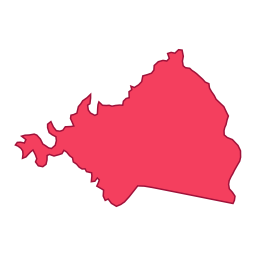 the district of Heitoraí, Goiás, Brazil
{"feature_id": "56859067B60847628192703", "entity_name": "Heitoraí", "entity_type": "district", "adm_level": 2, "iso_a3": "BRA", "parent_name": "Brazil", "parent_adm1": "Goiás", "projection": "natural_earth1", "projection_center": [-49.823, -15.733], "detail": "fine", "context": "isolated", "style": "filled", "palette": "rose", "viewbox_px": 256, "rotation_deg": 0, "n_neighbors": 0, "source": "geoboundaries", "source_scale": "gbopen_adm2", "svg_char_len": 2150}
<svg xmlns="http://www.w3.org/2000/svg" viewBox="0 0 256 256"><path d="M116.4,206.3L120.7,204.5L124.5,201.9L129.1,196.8L133.7,191.0L137.7,185.9L144.2,186.1L152.0,187.4L158.7,188.7L189.0,194.7L233.0,203.5L234.4,200.4L235.0,196.2L232.5,192.4L229.3,188.8L228.6,184.3L229.2,180.6L231.1,176.5L232.7,173.8L234.4,170.3L236.9,165.9L239.7,161.1L240.6,157.2L240.5,150.8L238.0,145.5L235.7,143.1L232.4,139.6L227.2,137.5L224.2,134.9L224.0,130.7L224.7,127.6L226.0,124.7L227.1,119.8L228.4,116.0L227.0,113.4L223.8,106.6L220.6,103.6L216.1,99.3L214.2,95.5L211.4,91.5L209.5,88.1L208.9,83.7L205.2,82.1L202.7,79.3L199.2,76.1L196.6,73.7L194.2,71.9L191.9,70.4L189.7,68.3L185.4,67.7L183.2,65.8L182.4,61.1L183.3,56.3L182.1,50.1L178.6,49.7L174.9,53.2L171.1,52.4L167.6,53.5L169.3,58.4L166.8,61.0L163.0,60.4L158.3,61.7L154.2,65.5L153.9,70.1L151.5,73.2L147.5,74.6L142.8,75.9L141.7,81.6L138.7,84.8L134.4,87.5L130.9,86.2L131.8,89.6L129.0,91.7L129.2,97.7L126.1,98.5L123.4,101.2L122.7,105.2L119.5,105.1L115.4,105.5L112.0,106.2L109.2,105.3L106.4,105.5L102.5,105.3L98.9,101.9L98.0,104.8L97.7,108.2L97.4,114.1L94.9,115.4L90.4,113.0L88.3,110.0L87.6,105.2L89.9,103.7L90.6,98.1L90.6,94.3L87.1,97.7L82.7,100.8L80.9,103.7L78.4,106.6L76.9,113.1L73.6,114.6L71.0,115.2L70.5,118.5L71.8,121.3L73.8,126.0L71.1,126.5L65.3,126.8L62.9,130.2L60.0,131.2L56.3,130.7L53.4,127.0L50.9,121.6L47.6,124.2L47.6,127.7L49.2,132.6L52.2,134.8L55.9,136.7L56.4,140.6L55.2,145.3L51.5,148.5L48.6,147.9L46.1,146.1L42.8,144.0L40.4,139.1L36.8,135.1L34.2,134.1L29.2,135.0L25.0,135.2L21.6,136.2L25.9,139.6L24.4,143.0L20.4,142.2L17.3,142.4L15.4,145.0L18.0,146.1L20.9,148.3L22.7,150.9L23.0,154.2L22.5,158.3L26.0,156.9L28.1,154.5L30.6,151.9L33.0,150.0L35.5,155.0L36.8,158.8L35.5,161.9L38.3,165.8L42.8,166.7L46.0,164.3L47.0,160.0L47.1,155.5L49.5,154.4L54.0,156.0L58.8,154.7L62.0,153.6L63.9,150.3L66.7,152.1L69.6,155.7L72.5,157.8L73.3,161.9L76.6,164.1L79.1,167.1L82.1,169.0L85.0,168.8L86.5,171.6L91.6,172.8L91.9,175.9L91.3,181.7L94.9,181.2L97.3,178.0L99.3,179.9L98.3,182.8L96.8,186.1L101.3,188.7L103.6,190.1L103.2,196.0L105.2,200.4L108.2,199.0L111.4,203.3L116.4,206.3Z" fill="#f43f5e" stroke="#9f1239" stroke-width="1.5"/></svg>